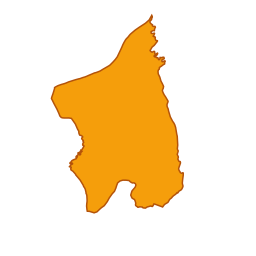 the district of Songkhone, Savannakhét, Laos, rotated 240°
{"feature_id": "54806243B4433821192490", "entity_name": "Songkhone", "entity_type": "district", "adm_level": 2, "iso_a3": "LAO", "parent_name": "Laos", "parent_adm1": "Savannakhét", "projection": "equal_earth", "projection_center": [105.362, 16.147], "detail": "fine", "context": "isolated", "style": "filled", "palette": "amber", "viewbox_px": 256, "rotation_deg": 240, "n_neighbors": 0, "source": "geoboundaries", "source_scale": "gbopen_adm2", "svg_char_len": 5711}
<svg xmlns="http://www.w3.org/2000/svg" viewBox="0 0 256 256"><g transform="rotate(240 128 128)"><path d="M76.3,51.1L75.1,52.9L72.0,55.8L71.5,56.2L70.9,59.2L71.8,62.8L72.3,65.3L72.6,68.6L74.6,73.2L76.8,76.8L78.9,81.4L79.9,84.6L82.0,87.4L84.1,89.7L85.7,91.7L86.1,94.7L85.4,97.5L83.8,100.2L82.0,102.6L80.3,103.1L79.1,103.7L78.1,104.5L77.5,105.8L76.1,106.5L75.3,106.5L74.3,106.0L73.1,104.5L71.6,100.2L71.0,99.4L68.7,97.0L68.1,96.7L67.1,96.7L66.5,96.5L65.9,96.6L65.1,96.5L62.9,97.8L62.1,97.8L60.8,97.6L58.9,97.1L58.2,96.4L57.1,95.9L55.8,96.3L55.2,96.8L54.9,96.8L54.6,96.8L54.3,97.1L54.0,98.0L53.9,98.8L52.3,100.9L51.7,100.9L50.9,101.6L49.9,103.1L50.0,105.4L49.7,106.2L49.1,108.7L48.5,109.0L48.4,109.5L47.9,109.8L47.9,110.3L48.4,110.9L48.5,111.5L48.9,111.8L49.3,112.5L48.5,113.3L42.3,118.5L42.6,119.2L43.5,121.3L43.6,122.5L43.6,125.0L43.8,125.8L45.1,127.9L45.5,129.0L45.6,130.3L45.9,131.4L46.1,131.6L46.6,133.6L46.8,136.1L47.1,137.2L47.5,138.0L47.5,138.3L46.9,138.5L47.0,138.9L47.9,140.9L47.8,142.1L47.9,143.3L48.4,144.4L49.7,146.2L50.5,146.7L52.4,147.2L53.3,147.6L55.7,149.3L59.2,152.0L61.3,153.3L61.6,153.3L61.9,153.0L61.8,152.4L61.9,152.0L62.4,151.5L63.0,151.1L63.5,151.0L64.2,151.2L65.2,151.0L67.1,151.3L67.9,151.9L71.5,156.0L72.3,156.3L72.8,156.4L73.3,155.7L73.8,155.5L76.0,155.6L76.8,156.2L77.4,156.9L78.1,157.2L80.5,157.4L82.0,159.0L82.8,159.8L83.4,160.1L83.8,160.0L85.3,160.3L88.3,162.5L96.2,166.5L98.2,167.1L104.6,169.5L107.4,170.1L109.5,170.2L111.5,170.0L116.4,170.2L122.3,171.6L124.4,172.3L127.0,172.6L128.7,173.4L130.1,175.0L130.7,175.8L131.4,176.1L136.1,176.1L138.7,175.9L141.5,176.1L142.5,176.3L143.4,176.6L144.1,177.4L144.7,178.3L146.2,179.6L149.2,179.9L152.2,180.0L156.2,181.0L159.2,181.2L160.1,181.4L162.2,182.4L163.2,183.6L163.3,184.4L164.1,185.1L164.7,185.5L164.9,188.2L165.1,189.6L165.2,191.0L165.1,191.6L165.8,192.2L166.4,192.3L166.6,192.6L166.9,193.3L167.0,193.4L167.3,193.5L167.6,193.6L167.8,193.4L168.0,192.7L168.1,191.0L168.4,190.7L168.8,190.7L169.1,190.8L169.3,190.9L170.1,191.7L170.1,192.2L169.9,193.3L169.9,193.7L169.9,193.9L170.1,194.1L170.5,194.3L171.3,194.4L171.6,194.1L171.8,193.7L172.4,191.7L172.5,191.5L172.9,191.3L173.1,191.1L173.0,190.9L172.1,190.3L171.7,189.8L171.6,189.6L171.6,189.3L171.7,189.0L171.8,188.8L172.5,188.7L173.6,189.0L174.0,188.9L174.4,188.4L174.5,188.0L174.6,187.9L175.3,187.8L175.8,187.3L176.3,186.7L176.8,186.5L177.0,186.5L177.4,186.8L177.6,187.1L177.6,187.5L176.6,188.6L176.6,189.0L176.8,189.6L177.3,190.5L177.8,191.0L178.1,191.0L178.2,190.9L178.0,189.8L178.0,189.3L178.2,188.8L178.5,188.5L179.0,188.4L180.4,189.1L180.9,189.2L181.2,189.1L181.6,188.2L181.5,187.1L181.7,186.7L182.5,186.2L183.9,185.8L184.1,185.9L184.3,186.1L185.0,187.6L185.9,189.0L186.2,190.3L186.4,191.7L186.5,192.1L187.4,194.4L187.7,194.8L187.8,195.6L188.1,195.9L188.4,196.6L188.6,197.0L188.9,197.1L189.0,197.0L189.8,196.0L190.2,195.9L191.1,196.1L191.8,196.2L192.4,196.5L192.7,196.9L193.1,197.0L193.7,196.7L194.4,195.9L194.9,195.7L195.1,195.9L195.3,196.6L195.6,197.1L196.4,198.1L196.7,198.3L196.9,198.3L197.1,197.8L197.4,196.9L197.8,196.0L198.3,195.6L198.7,195.6L199.7,196.0L199.9,196.3L199.9,196.5L199.9,197.3L199.8,198.3L199.5,199.0L199.1,199.5L200.0,200.2L200.6,200.7L201.6,202.1L202.1,202.2L202.6,202.1L202.7,201.9L203.4,200.7L203.9,200.4L204.6,200.3L205.1,200.8L206.9,200.0L207.6,199.9L208.4,199.8L208.9,200.0L209.3,200.3L209.5,200.8L210.1,202.5L210.5,203.0L211.2,203.5L211.8,204.4L212.5,204.8L213.7,204.9L211.0,200.4L210.0,195.5L209.6,187.9L209.2,183.1L208.1,177.1L207.5,175.3L206.9,174.0L206.0,170.9L205.4,169.6L204.0,167.2L202.5,164.9L201.7,163.9L199.4,160.7L195.0,154.3L193.7,151.3L192.6,147.9L191.5,143.8L191.4,142.2L191.4,137.1L191.4,135.2L191.3,132.6L191.5,130.9L192.0,128.0L192.5,126.3L192.7,124.4L192.9,123.0L193.7,116.4L194.3,114.0L194.8,111.1L195.2,109.9L196.0,106.9L197.2,101.5L197.6,99.7L198.0,96.4L198.3,94.9L199.0,92.2L199.5,89.6L199.7,88.2L199.8,85.5L199.7,84.6L199.0,84.2L198.4,83.6L195.4,80.4L193.0,77.6L191.9,76.5L191.4,76.4L190.5,76.4L186.0,76.1L179.8,75.9L174.8,75.4L172.6,75.0L171.0,75.3L169.8,76.0L168.4,78.0L166.2,81.9L164.6,83.8L157.8,84.4L151.8,83.7L150.7,83.8L149.4,83.6L148.2,82.9L147.5,82.9L147.1,82.7L146.1,82.6L145.7,82.8L145.1,83.6L143.6,84.3L142.9,84.3L142.5,83.1L142.1,82.7L141.7,82.5L141.2,82.7L140.6,82.9L140.2,82.9L139.8,82.7L139.4,83.0L139.2,82.8L139.2,82.5L139.0,82.4L138.3,82.5L137.8,82.5L137.7,82.2L137.6,81.8L137.4,81.5L137.0,81.1L136.8,80.8L136.6,80.9L136.3,80.7L136.0,80.4L135.6,80.3L135.4,80.6L134.8,80.7L134.4,80.9L134.2,80.7L134.0,80.1L133.5,79.6L133.3,79.0L132.9,78.6L132.8,78.1L132.2,77.2L132.1,76.5L132.4,76.1L132.0,75.9L131.8,76.0L131.7,75.6L131.4,75.4L131.3,75.5L131.2,75.8L131.0,76.0L130.8,75.9L130.7,76.1L130.6,75.8L130.9,75.4L130.5,75.5L130.4,75.2L130.7,74.8L131.0,74.6L131.4,72.7L131.5,72.4L131.4,72.2L130.8,71.9L130.3,71.9L130.0,72.3L129.7,73.5L129.5,74.0L129.3,74.1L129.2,74.1L129.1,73.9L128.9,73.8L128.7,73.2L128.7,72.9L128.8,72.7L129.4,72.4L129.6,72.1L129.8,71.2L129.3,68.9L129.2,68.8L129.0,69.3L128.8,69.4L128.9,69.7L128.9,69.9L128.4,69.8L128.3,69.7L128.4,69.4L128.3,68.6L128.1,68.7L128.0,68.4L127.6,68.3L127.3,67.9L127.3,67.7L127.5,66.9L127.5,66.2L127.7,65.3L127.8,63.6L127.7,62.9L127.0,61.4L127.0,60.6L126.4,60.0L126.2,60.0L125.8,60.4L125.8,61.5L125.7,61.9L125.3,62.2L124.7,62.1L124.6,61.8L124.6,61.4L124.7,60.5L124.7,60.2L124.3,59.6L124.1,59.1L124.0,58.2L123.9,58.0L123.8,57.9L123.6,58.0L122.8,58.9L122.6,59.1L122.1,59.0L121.7,58.4L121.3,58.0L121.0,57.9L120.1,57.7L118.1,58.7L114.1,59.5L113.6,59.3L106.8,60.5L101.0,60.6L100.1,60.5L99.5,60.3L98.2,60.5L96.5,60.4L93.4,59.5L92.4,59.0L91.2,58.9L89.9,58.5L85.8,56.4L84.4,55.5L83.3,54.6L81.1,53.1L77.7,51.6L76.3,51.1Z" fill="#f59e0b" stroke="#b45309" stroke-width="1.5"/></g></svg>